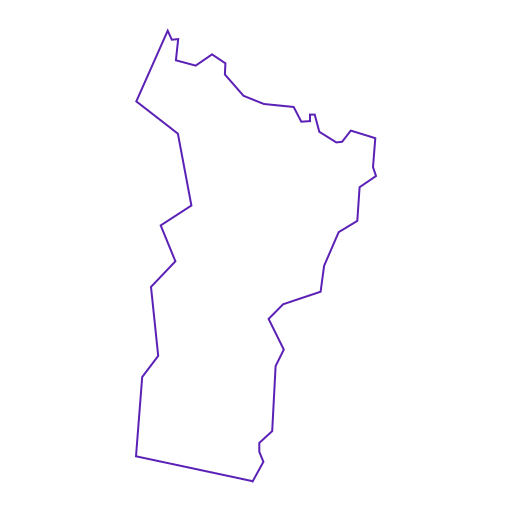 the district of Gogrial West, Warrap, South Sudan
{"feature_id": "79223893B68653566735715", "entity_name": "Gogrial West", "entity_type": "district", "adm_level": 2, "iso_a3": "SSD", "parent_name": "South Sudan", "parent_adm1": "Warrap", "projection": "albers", "projection_center": [28.129, 8.576], "detail": "fine", "context": "isolated", "style": "outline", "palette": "violet", "viewbox_px": 512, "rotation_deg": 0, "n_neighbors": 0, "source": "geoboundaries", "source_scale": "gbopen_adm2", "svg_char_len": 706}
<svg xmlns="http://www.w3.org/2000/svg" viewBox="0 0 512 512"><path d="M151.0,286.9L158.2,355.9L142.2,377.0L136.0,456.3L252.6,481.2L252.7,481.3L263.4,461.8L259.3,451.8L259.3,442.9L272.2,431.1L275.6,366.1L283.8,349.6L268.6,318.9L283.2,304.2L320.6,291.7L324.1,265.8L338.7,232.1L357.3,220.9L359.6,187.2L376.0,176.0L373.0,167.1L375.3,138.2L350.8,130.6L342.1,141.8L336.3,142.4L319.3,131.8L314.7,114.6L310.0,114.6L310.0,121.1L301.3,121.7L293.7,107.0L263.9,104.0L243.5,95.8L224.9,74.5L225.4,63.3L212.0,54.4L195.7,65.6L175.9,60.3L178.2,39.1L171.8,39.7L167.7,30.7L136.3,101.4L158.0,118.2L177.9,133.7L191.4,205.5L160.7,225.4L175.4,261.3L151.0,286.9L151.0,286.9Z" fill="none" stroke="#5b21b6" stroke-width="2"/></svg>